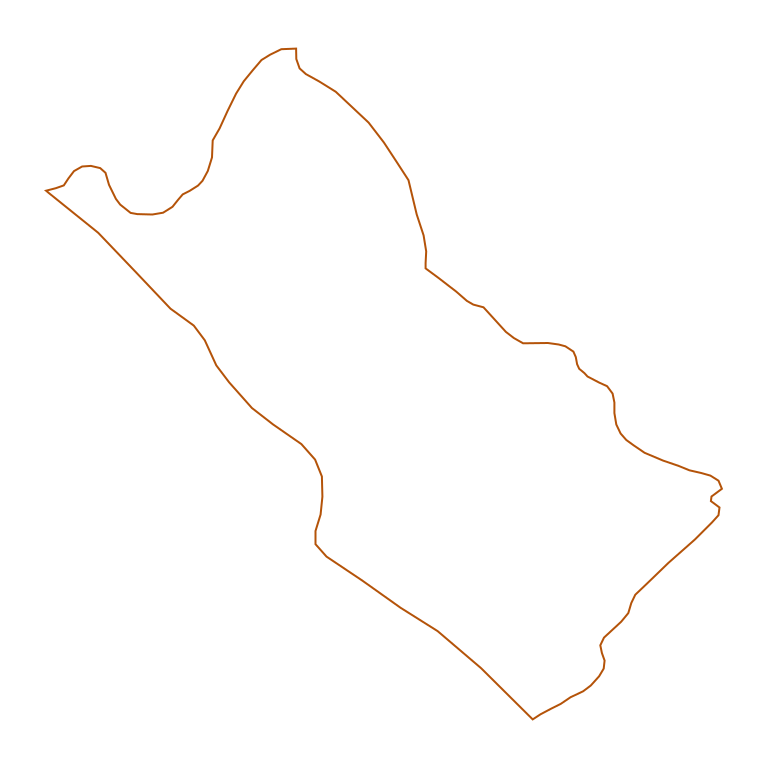 Basse-Banio, Nyanga, Gabon
{"feature_id": "22940354B35468012310479", "entity_name": "Basse-Banio", "entity_type": "district", "adm_level": 2, "iso_a3": "GAB", "parent_name": "Gabon", "parent_adm1": "Nyanga", "projection": "orthographic", "projection_center": [10.764, -3.223], "detail": "fine", "context": "isolated", "style": "outline", "palette": "amber", "viewbox_px": 768, "rotation_deg": 0, "n_neighbors": 0, "source": "geoboundaries", "source_scale": "gbopen_adm2", "svg_char_len": 1678}
<svg xmlns="http://www.w3.org/2000/svg" viewBox="0 0 768 768"><path d="M721.9,488.8L718.5,480.7L710.4,475.6L701.2,473.0L689.4,470.3L678.6,465.9L663.1,460.6L644.6,452.8L633.6,445.3L626.3,440.0L620.6,433.5L616.3,424.5L614.4,413.1L614.4,402.5L612.6,393.6L607.1,386.2L599.2,382.6L587.5,376.5L584.4,373.1L579.2,368.8L577.1,364.2L575.8,357.1L573.4,351.6L565.4,346.3L558.7,344.5L547.9,343.0L523.1,343.3L513.8,338.0L505.9,331.9L483.5,307.3L473.3,304.6L466.9,300.9L456.0,291.4L449.2,286.2L438.2,277.7L425.6,268.4L425.6,263.1L426.2,251.4L423.6,235.4L416.7,214.4L408.5,180.2L396.9,162.3L383.9,142.5L368.6,122.6L335.8,91.8L319.1,81.4L305.9,74.1L299.6,68.4L296.3,59.0L296.1,48.6L281.3,49.2L270.1,54.7L261.5,60.0L252.8,70.2L243.8,81.2L236.1,93.6L227.5,111.1L219.6,128.4L212.7,140.4L212.0,157.4L207.8,171.0L202.5,180.8L198.0,185.6L189.6,190.9L182.7,194.4L178.0,199.9L172.5,206.8L163.1,212.7L152.4,214.5L137.3,214.1L130.6,212.9L120.2,204.6L115.9,198.9L109.0,184.8L105.5,172.8L100.2,168.1L90.9,165.9L82.1,166.5L74.0,171.1L68.5,178.3L63.8,185.4L55.8,188.2L46.1,190.7L48.8,193.0L98.2,232.8L137.5,273.9L170.5,308.7L193.8,325.6L204.8,340.3L216.3,365.4L229.1,382.3L251.9,408.0L273.0,424.4L301.4,444.1L315.1,459.6L321.9,476.5L322.4,496.7L320.6,514.5L315.5,531.0L315.5,544.2L326.5,556.6L362.6,580.8L400.6,607.8L437.6,631.1L481.1,668.2L532.7,719.4L540.5,714.3L550.9,708.8L560.7,703.9L570.6,697.2L583.1,691.3L590.8,685.5L599.1,676.3L603.7,668.6L604.6,660.6L601.9,653.0L600.3,645.3L604.0,637.6L621.2,621.7L628.3,613.1L631.3,603.0L635.3,594.7L647.6,583.0L668.5,562.8L694.9,539.5L712.1,522.3L718.5,515.2L719.5,507.5L710.9,501.1L711.5,496.5L721.9,488.8Z" fill="none" stroke="#b45309" stroke-width="2"/></svg>